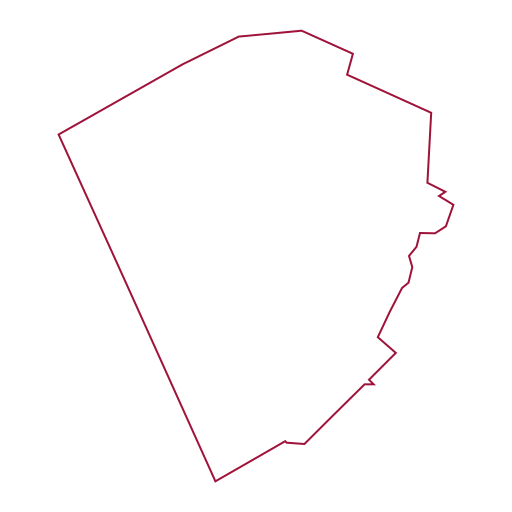 Laurens, Georgia, United States of America (Albers equal-area conic projection)
{"feature_id": "52423323B49982915430318", "entity_name": "Laurens", "entity_type": "district", "adm_level": 2, "iso_a3": "USA", "parent_name": "United States of America", "parent_adm1": "Georgia", "projection": "albers", "projection_center": [-82.822, 32.432], "detail": "fine", "context": "isolated", "style": "outline", "palette": "rose", "viewbox_px": 512, "rotation_deg": 0, "n_neighbors": 0, "source": "geoboundaries", "source_scale": "gbopen_adm2", "svg_char_len": 528}
<svg xmlns="http://www.w3.org/2000/svg" viewBox="0 0 512 512"><path d="M116.7,262.4L135.0,302.9L215.4,481.3L285.2,441.2L286.6,442.7L304.4,444.0L332.8,415.7L364.6,384.3L373.6,384.3L369.0,379.7L395.8,352.9L377.8,337.2L390.0,311.3L402.1,287.9L408.5,282.7L412.3,267.1L409.0,255.9L416.5,246.8L420.0,233.0L435.0,233.3L445.9,226.3L453.4,204.8L439.0,196.0L445.3,191.8L427.4,182.8L431.2,112.8L347.1,74.7L352.9,53.8L301.6,30.7L238.7,36.6L182.8,64.2L58.6,134.5L89.7,203.0L116.7,262.4Z" fill="none" stroke="#9f1239" stroke-width="2"/></svg>